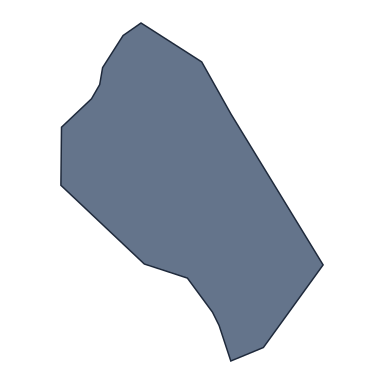 an SVG outline of Braslovce
{"feature_id": "SVN-247", "entity_name": "Braslovce", "entity_type": "Municipality", "adm_level": 1, "iso_a3": "SVN", "parent_name": "Slovenia", "parent_adm1": "", "projection": "albers", "projection_center": [15.021, 46.282], "detail": "fine", "context": "isolated", "style": "filled", "palette": "slate", "viewbox_px": 384, "rotation_deg": 0, "n_neighbors": 0, "source": "natural_earth", "source_scale": "10m", "svg_char_len": 326}
<svg xmlns="http://www.w3.org/2000/svg" viewBox="0 0 384 384"><path d="M144.3,264.0L60.9,185.3L61.5,127.2L91.5,98.8L99.7,84.6L102.6,67.6L123.1,35.5L141.0,23.0L201.7,61.9L231.0,114.1L323.1,264.9L263.4,347.5L230.8,361.0L219.1,325.5L212.5,312.2L187.4,278.1L144.3,264.0Z" fill="#64748b" stroke="#1e293b" stroke-width="1.5"/></svg>